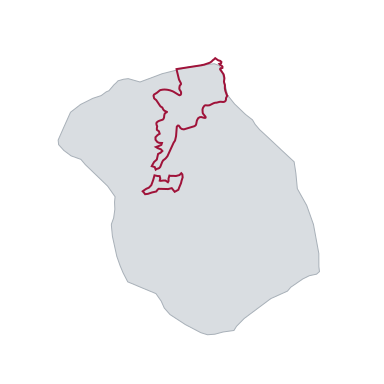 Mafeteng highlighted on a map of Lesotho, rotated 103°
{"feature_id": "LSO-3453", "entity_name": "Mafeteng", "entity_type": "District", "adm_level": 1, "iso_a3": "LSO", "parent_name": "Lesotho", "parent_adm1": "", "projection": "natural_earth1", "projection_center": [27.626, -29.78], "detail": "fine", "context": "in_parent", "style": "outline", "palette": "rose", "viewbox_px": 384, "rotation_deg": 103, "n_neighbors": 0, "source": "natural_earth", "source_scale": "10m", "svg_char_len": 3685}
<svg xmlns="http://www.w3.org/2000/svg" viewBox="0 0 384 384"><g transform="rotate(103 192 192)"><path d="M253.0,259.6L242.8,263.0L241.4,263.3L234.9,262.5L226.1,263.3L219.3,265.2L213.9,265.9L205.2,275.6L189.4,302.0L185.2,307.6L184.0,317.9L180.4,326.1L175.9,332.6L171.5,334.1L158.4,331.6L141.6,328.3L131.8,320.3L123.1,309.8L118.5,302.2L113.7,298.1L112.0,295.7L105.2,292.2L102.6,290.4L100.3,289.1L97.5,284.0L95.9,279.6L96.5,267.4L91.7,260.1L83.4,247.6L78.2,237.4L71.0,223.5L66.6,211.5L62.0,199.2L62.6,193.9L67.0,190.3L79.7,184.0L89.6,179.2L96.6,170.4L104.4,157.3L108.1,149.3L111.9,145.7L116.0,140.2L123.1,127.8L131.1,114.1L139.6,99.3L150.4,95.0L165.1,90.1L179.3,77.2L196.2,66.4L223.4,54.6L236.1,51.6L240.9,49.9L244.0,52.1L247.2,58.9L251.8,64.5L262.5,74.3L267.1,76.7L278.1,91.2L289.9,101.2L303.5,112.7L312.8,118.4L317.5,120.0L321.4,130.2L325.4,137.7L327.6,144.8L327.1,151.7L322.7,168.6L316.4,185.8L311.3,192.9L305.2,197.5L299.1,204.3L296.8,218.1L294.0,234.4L286.2,241.0L280.1,245.4L271.6,250.8L253.0,259.6Z" fill="#d9dde1" stroke="#a8b0b8" stroke-width="1"/><path d="M65.9,192.3L66.4,192.0L70.1,187.8L70.7,187.4L73.9,186.0L77.2,185.7L78.4,185.2L80.4,184.0L83.6,183.3L86.0,182.2L89.7,179.9L90.2,179.3L90.5,179.4L92.9,180.0L94.2,179.7L94.7,179.7L95.5,179.8L96.2,180.2L96.8,180.8L97.3,181.9L97.6,184.3L98.0,185.5L99.4,188.1L99.8,189.5L100.6,190.9L103.5,194.4L104.1,196.0L104.3,197.2L104.4,198.2L104.9,199.1L105.7,199.6L107.4,200.2L108.3,200.3L109.4,200.3L112.4,199.4L113.0,199.0L113.5,198.5L115.5,195.9L116.1,195.5L116.7,195.6L117.0,196.7L116.9,199.9L117.4,201.3L118.7,202.6L121.3,203.3L124.9,203.2L126.1,203.4L127.3,204.4L132.8,214.0L132.9,216.0L132.3,217.6L131.2,218.7L130.3,219.9L130.5,220.8L131.8,221.5L141.2,220.1L145.7,220.1L148.1,221.0L162.7,224.0L165.3,225.3L167.8,227.3L169.5,227.8L174.7,228.6L176.1,229.4L176.9,230.5L177.3,231.4L178.4,232.4L176.1,233.9L175.9,237.0L174.2,236.6L171.3,235.7L168.3,233.6L165.5,233.6L162.6,233.6L160.7,231.4L158.7,230.1L157.4,231.9L157.0,235.2L156.3,237.2L155.0,235.2L153.0,232.5L151.0,232.3L151.5,235.2L151.1,237.0L149.3,239.3L146.9,239.9L144.3,238.4L142.5,236.6L140.3,237.9L139.3,240.2L137.7,240.6L135.8,240.7L134.6,241.6L133.4,242.1L132.3,242.1L131.2,241.3L130.4,240.5L129.7,239.5L128.1,236.8L127.1,236.2L125.7,236.0L123.3,236.3L121.8,236.2L120.7,235.5L120.2,234.8L119.9,234.5L119.6,234.5L119.1,236.7L118.9,237.4L118.5,238.0L118.1,238.5L117.5,239.1L116.9,239.5L116.4,239.9L116.2,240.3L116.0,241.1L115.7,241.8L115.4,242.3L110.7,247.3L110.4,247.7L110.2,248.1L109.7,249.3L109.4,249.7L108.9,250.2L108.1,250.5L107.0,251.1L106.4,251.1L105.6,250.9L103.2,248.5L100.3,246.3L99.9,245.8L99.7,245.5L98.8,243.4L98.4,242.0L98.1,240.5L97.9,238.5L97.9,236.2L98.2,233.6L98.5,232.4L100.4,226.7L100.5,225.8L99.9,225.0L98.9,224.7L97.2,225.1L96.1,226.0L95.5,226.7L94.8,227.3L93.8,227.7L91.5,227.9L90.6,227.6L89.9,227.2L89.3,227.0L88.5,227.3L85.3,230.0L77.5,233.9L75.7,234.7L66.3,211.1L66.2,211.1L65.3,209.0L62.0,203.7L60.5,202.3L59.0,201.4L57.3,200.0L56.4,199.5L57.8,196.1L57.9,193.9L58.7,192.6L59.9,192.6L61.0,194.2L61.7,193.2L62.6,191.0L63.2,190.4L64.3,190.3L64.7,191.1L65.0,191.9L65.9,192.3ZM179.8,204.4L183.3,204.7L185.9,204.7L190.5,205.5L192.9,205.8L195.7,208.9L192.8,212.6L194.5,215.9L196.2,224.3L196.4,225.3L197.8,226.2L199.5,226.9L200.4,228.7L201.5,231.0L203.7,234.5L204.7,237.2L203.5,238.6L202.4,240.2L200.8,238.8L199.1,237.2L197.5,235.0L194.5,233.2L191.4,232.8L188.8,232.5L184.2,232.3L184.2,229.2L183.8,227.1L185.8,226.0L188.2,226.0L188.2,225.1L187.3,222.6L186.8,220.4L187.9,217.7L186.6,217.3L184.2,217.9L181.1,217.7L181.1,216.4L180.5,213.9L180.0,211.2L178.3,208.0L176.1,206.7L177.0,205.4L179.8,204.4Z" fill="none" stroke="#9f1239" stroke-width="2"/></g></svg>